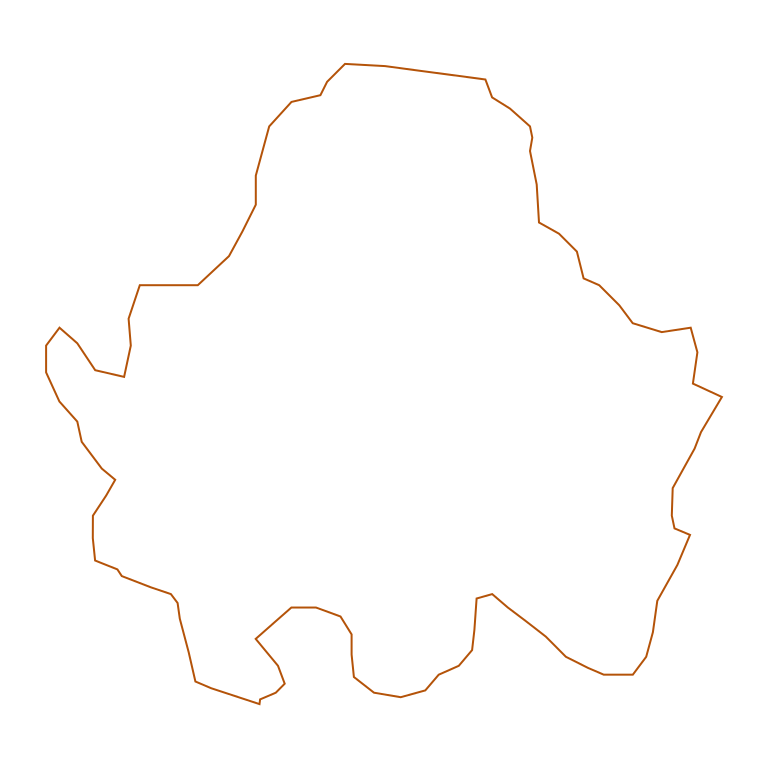 Seongju-gun, North Gyeongsang, South Korea (Natural Earth projection)
{"feature_id": "91817680B40534015790157", "entity_name": "Seongju-gun", "entity_type": "district", "adm_level": 2, "iso_a3": "KOR", "parent_name": "South Korea", "parent_adm1": "North Gyeongsang", "projection": "natural_earth1", "projection_center": [128.226, 35.91], "detail": "fine", "context": "isolated", "style": "outline", "palette": "amber", "viewbox_px": 768, "rotation_deg": 0, "n_neighbors": 0, "source": "geoboundaries", "source_scale": "gbopen_adm2", "svg_char_len": 1320}
<svg xmlns="http://www.w3.org/2000/svg" viewBox="0 0 768 768"><path d="M485.4,79.5L418.5,70.6L385.1,66.1L345.0,63.9L327.1,81.8L320.4,95.2L291.5,101.9L269.2,126.4L255.8,175.6L255.8,204.7L242.4,231.5L229.0,256.1L197.8,285.2L168.8,285.2L139.8,285.2L128.6,318.7L130.8,345.6L124.1,376.9L95.2,370.2L77.3,343.3L59.5,327.7L46.1,345.6L46.1,372.4L59.4,401.5L77.3,421.6L81.7,441.8L101.8,468.6L115.2,479.8L106.2,495.5L92.9,515.7L92.8,538.1L95.1,560.5L100.3,562.6L117.4,569.4L121.8,576.1L150.8,587.3L170.9,594.1L177.6,603.0L179.8,618.7L188.7,652.3L195.4,681.5L211.1,688.2L259.5,704.1L260.1,699.4L275.8,692.7L284.7,683.7L278.0,665.8L266.8,652.3L255.7,638.9L273.5,623.2L291.4,607.5L315.9,607.5L340.5,616.5L351.6,634.4L351.6,654.6L353.9,677.0L374.0,692.7L400.7,697.2L425.3,690.4L438.7,674.7L458.8,665.8L472.1,650.1L474.4,629.9L476.6,598.5L492.2,594.1L507.8,607.5L525.7,621.0L545.8,636.6L565.9,656.8L588.2,668.0L603.8,674.7L632.8,674.7L646.2,656.8L652.9,632.2L657.3,600.8L677.4,564.9L690.0,534.9L674.5,528.4L671.8,515.6L672.7,488.1L694.6,448.6L701.0,432.1L721.9,397.0L692.9,383.6L697.4,352.3L690.7,327.7L661.7,332.1L632.7,323.2L619.3,305.3L599.2,285.2L583.6,278.4L576.9,251.6L559.0,233.7L539.0,222.5L536.7,184.5L530.0,151.0L532.3,137.6L530.0,126.4L510.0,108.6L492.1,97.4L485.4,79.5Z" fill="none" stroke="#b45309" stroke-width="2"/></svg>